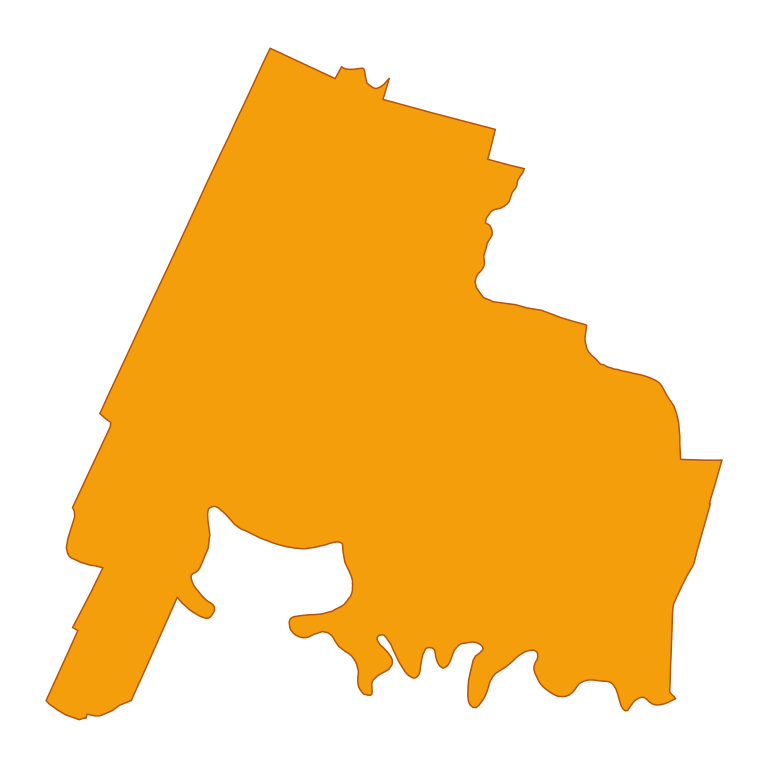 outline of Andrasesti, Ialomita, Romania
{"feature_id": "2599482B59436484674817", "entity_name": "Andrasesti", "entity_type": "district", "adm_level": 2, "iso_a3": "ROU", "parent_name": "Romania", "parent_adm1": "Ialomita", "projection": "orthographic", "projection_center": [27.141, 44.59], "detail": "fine", "context": "isolated", "style": "filled", "palette": "amber", "viewbox_px": 768, "rotation_deg": 0, "n_neighbors": 0, "source": "geoboundaries", "source_scale": "gbopen_adm2", "svg_char_len": 6082}
<svg xmlns="http://www.w3.org/2000/svg" viewBox="0 0 768 768"><path d="M675.5,698.7L674.3,696.9L673.9,696.5L672.0,694.6L670.1,692.6L669.9,692.0L669.7,690.3L669.9,686.8L670.4,672.5L670.5,668.7L670.9,658.5L671.2,651.5L672.1,626.4L672.5,613.5L672.7,610.9L673.0,607.6L673.2,606.5L673.5,604.6L673.7,603.6L674.6,601.7L676.0,598.4L678.8,592.6L681.6,586.5L684.4,580.9L685.5,578.8L687.4,574.9L691.7,567.8L693.0,565.5L693.4,564.4L694.3,562.3L696.6,552.6L698.7,545.0L705.2,522.1L710.4,503.8L709.4,503.5L711.0,497.7L715.6,482.4L721.9,460.1L714.3,460.2L702.7,460.1L680.6,459.4L679.8,443.5L679.8,436.0L678.6,422.5L676.5,413.6L674.1,406.5L671.7,402.7L668.3,397.9L666.1,394.0L662.0,386.3L659.5,383.2L657.4,381.5L655.2,380.2L651.5,378.4L645.9,376.3L640.7,374.8L632.5,373.1L626.8,371.7L622.2,370.9L617.9,369.5L614.2,369.1L610.8,367.8L607.5,367.0L603.7,364.8L600.5,364.1L598.6,362.0L595.0,358.3L590.9,354.6L588.6,351.8L587.1,349.1L586.1,345.5L585.1,341.3L585.0,338.3L586.6,325.4L585.7,324.8L584.5,324.4L573.5,321.4L561.1,317.7L541.2,310.2L526.8,307.9L516.0,304.8L492.8,301.7L490.7,300.5L483.5,297.6L480.9,294.1L476.8,288.2L476.2,286.6L475.0,282.3L476.0,277.6L478.0,273.7L480.6,271.3L483.1,267.9L483.9,265.9L484.4,263.6L483.8,255.7L486.5,246.7L487.2,243.4L488.7,240.6L490.4,238.2L492.1,234.8L492.1,231.1L491.1,227.8L489.8,225.6L488.4,224.4L487.1,223.9L485.4,222.7L486.3,218.2L491.1,211.5L494.0,209.7L500.5,208.2L503.8,206.4L507.2,203.9L509.2,201.4L511.7,193.8L512.7,191.7L515.3,188.6L516.7,185.9L517.6,180.6L519.9,176.5L522.7,172.7L524.3,168.7L508.8,165.0L488.4,159.4L487.7,159.3L490.3,149.8L495.3,129.4L433.4,113.2L384.8,99.9L383.0,99.4L389.4,78.0L384.3,84.0L380.1,87.1L376.1,88.6L373.3,87.8L370.6,86.0L367.0,83.1L365.6,77.5L364.6,70.8L363.9,69.2L362.5,68.1L354.1,69.2L349.5,69.4L346.1,69.0L343.4,68.0L341.6,66.8L335.1,78.6L270.2,48.3L265.2,58.5L249.5,92.4L242.9,106.5L236.7,119.4L229.4,135.4L220.7,153.5L206.7,183.2L194.6,209.7L176.8,248.3L170.4,261.9L168.1,266.9L152.9,299.0L117.0,376.5L110.5,390.2L100.7,411.8L99.8,413.5L104.8,418.0L108.6,420.9L110.7,422.4L110.4,426.2L109.7,428.0L72.5,507.6L74.3,511.2L74.7,516.7L67.9,538.5L66.3,547.8L67.6,553.2L69.2,556.3L71.8,558.2L74.4,559.3L80.7,562.3L90.4,565.2L95.3,565.8L102.9,567.8L90.3,593.5L72.6,627.5L77.8,630.6L68.4,651.6L46.1,700.6L49.2,704.0L57.6,710.0L60.0,711.5L65.4,714.7L79.2,719.7L84.6,717.9L85.8,718.3L87.1,714.2L95.1,715.9L99.9,715.7L103.6,714.4L112.6,710.4L119.7,705.1L131.4,700.5L132.9,696.7L141.9,676.9L174.3,604.0L176.0,600.1L177.3,597.3L181.5,602.4L189.0,609.2L192.8,612.0L200.6,616.6L205.5,618.2L208.3,618.2L210.9,616.5L212.4,614.2L213.6,612.4L214.6,610.3L214.5,607.6L214.0,606.2L212.6,604.3L210.8,603.1L207.6,601.1L204.8,598.7L201.7,595.5L198.2,591.1L196.6,589.4L194.3,586.2L193.1,584.1L192.3,582.2L191.3,578.9L191.1,576.4L191.6,574.6L193.7,573.2L195.7,572.4L198.0,570.3L199.7,568.0L202.0,563.0L205.5,554.4L207.1,550.8L208.3,547.5L208.9,542.7L209.1,539.1L209.9,535.1L207.9,520.3L207.6,514.0L208.0,510.7L208.8,508.6L210.5,507.4L212.6,506.6L215.0,506.4L218.4,507.9L222.1,511.1L225.3,514.0L228.3,517.1L234.5,524.2L239.2,527.8L241.8,529.3L245.7,530.8L259.5,537.7L262.4,538.9L268.7,541.2L271.5,542.4L278.2,544.6L287.0,546.8L294.3,548.0L302.5,548.8L306.4,548.6L310.3,548.0L313.9,547.5L325.2,544.9L329.3,543.5L333.7,542.3L337.2,541.9L339.1,542.0L341.1,542.7L342.3,543.7L342.5,545.3L343.2,552.6L344.9,562.2L346.5,565.9L348.5,569.7L351.1,575.8L352.4,580.0L352.5,583.1L352.6,585.4L352.4,587.7L352.5,589.7L352.0,592.4L351.3,594.3L350.8,595.6L350.0,597.0L348.6,598.5L347.6,600.2L343.9,604.6L341.3,606.4L335.7,609.2L332.1,611.2L323.1,613.6L318.8,614.3L313.8,614.6L309.8,614.7L300.8,615.6L293.7,616.7L291.9,617.6L290.3,618.9L289.3,621.2L289.3,623.8L289.8,627.3L290.6,629.8L293.6,633.4L296.1,635.3L298.7,636.6L302.2,637.6L305.4,637.7L309.0,636.8L314.1,634.2L322.3,631.6L327.3,632.5L329.9,634.1L331.8,635.7L333.5,638.0L334.8,640.8L337.2,644.1L338.7,646.4L345.6,651.7L348.7,653.5L351.5,655.9L353.4,658.2L355.6,661.9L356.8,664.5L357.6,668.0L358.3,670.5L358.4,673.9L357.9,677.0L357.8,682.2L358.5,686.2L359.5,688.7L361.8,692.0L363.9,694.2L367.9,695.1L370.2,695.3L371.7,694.3L372.1,692.2L371.8,683.0L373.1,680.1L377.8,675.7L380.4,674.0L383.6,672.4L388.0,669.8L389.3,668.8L391.6,665.4L392.4,663.1L392.3,660.0L391.0,656.9L387.6,652.2L383.1,647.4L380.2,644.9L378.5,642.4L377.3,640.0L377.1,637.4L378.9,635.5L382.0,634.7L384.2,635.3L386.8,638.4L389.1,641.9L391.0,644.5L392.8,649.0L398.2,660.4L400.3,664.2L404.9,671.4L406.8,673.8L409.0,675.8L412.3,677.7L414.1,678.1L415.7,677.7L417.0,676.8L418.2,675.5L419.3,673.7L420.0,670.9L420.4,668.3L420.6,666.1L421.6,659.5L422.9,654.6L424.4,651.3L425.1,649.4L426.7,648.0L429.3,647.6L431.9,647.9L433.3,648.7L434.5,650.0L435.1,652.3L435.7,656.6L437.1,661.2L438.3,663.9L439.9,666.1L442.9,668.2L445.9,667.1L447.8,665.2L449.3,662.9L450.5,660.5L453.4,652.3L454.5,650.0L456.4,647.7L458.6,645.4L460.9,643.9L463.3,643.3L465.9,643.1L469.7,642.2L472.3,642.0L474.8,642.3L477.1,642.8L480.1,644.3L482.4,646.6L483.2,648.6L482.4,650.1L480.3,652.4L475.5,656.2L473.2,660.1L469.9,674.1L468.5,680.8L468.0,688.3L467.8,694.7L468.4,700.9L469.8,704.6L472.7,707.3L476.1,707.6L478.9,705.3L482.7,700.2L485.0,696.2L487.2,691.0L490.2,681.1L492.5,677.1L495.5,673.4L506.0,666.8L512.1,661.7L516.0,657.9L519.0,655.4L524.1,652.2L527.0,651.0L530.4,650.3L533.7,650.2L535.9,651.1L537.6,653.2L537.8,656.7L537.0,659.7L535.4,662.4L534.1,666.0L533.9,669.4L535.1,673.5L538.1,679.7L539.9,682.9L542.7,686.5L548.3,691.0L551.3,693.0L555.0,695.1L558.1,696.3L562.8,696.6L565.8,696.3L569.1,695.0L572.9,692.1L575.2,689.2L577.3,686.0L579.1,683.7L582.1,682.0L583.7,681.2L587.1,680.2L590.8,679.9L593.2,680.0L596.6,680.4L600.5,680.9L603.7,681.2L607.3,681.4L609.0,681.8L611.0,682.7L612.6,684.0L614.4,686.5L615.9,689.0L616.9,691.6L618.1,695.5L619.3,700.0L620.4,703.5L621.5,706.5L623.3,709.4L625.5,710.8L627.7,710.5L628.8,708.5L630.4,706.5L633.4,702.1L634.8,700.7L637.0,699.1L639.4,697.9L641.8,697.2L644.3,697.5L647.1,699.7L649.6,702.2L653.3,704.4L656.7,704.9L660.1,704.8L665.1,703.6L669.2,701.9L671.4,700.7L675.5,698.7Z" fill="#f59e0b" stroke="#b45309" stroke-width="1.5"/></svg>